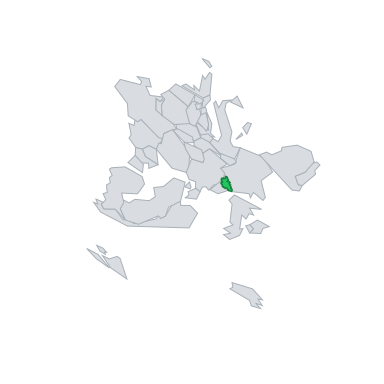 Belgium highlighted on a map of Europe, rotated 219°
{"feature_id": "BEL", "entity_name": "Belgium", "entity_type": "country or territory", "adm_level": 0, "iso_a3": "BEL", "parent_name": "Europe", "parent_adm1": "", "projection": "robinson", "projection_center": [4.727, 50.501], "detail": "fine", "context": "in_parent", "style": "filled", "palette": "green", "viewbox_px": 384, "rotation_deg": 219, "n_neighbors": 37, "source": "natural_earth", "source_scale": "50m", "svg_char_len": 9203}
<svg xmlns="http://www.w3.org/2000/svg" viewBox="0 0 384 384"><g transform="rotate(219 192 192)"><path d="M187.8,83.4L207.3,81.9L221.7,86.2L214.4,87.8L209.6,94.8L205.9,95.0L187.8,83.4ZM262.2,126.1L253.9,128.4L254.7,125.2L249.9,123.4L240.8,130.4L228.1,127.0L223.9,131.5L217.2,130.8L203.0,148.4L203.3,152.1L199.6,152.0L197.5,156.6L199.7,171.3L195.1,177.6L192.4,174.5L184.9,180.4L174.3,179.0L171.7,162.2L220.7,124.9L250.4,118.9L261.9,122.1L257.7,123.3L262.2,126.1ZM238.3,81.8L225.8,84.4L208.2,81.0L224.4,79.9L238.3,81.8ZM232.5,90.6L226.0,92.3L220.3,91.4L222.2,90.3L220.1,89.0L226.3,88.2L232.5,90.6Z" fill="#d9dde1" stroke="#a8b0b8" stroke-width="1"/><path d="M161.5,217.2L184.8,228.4L176.3,240.5L182.4,256.7L158.0,264.0L141.9,258.2L145.4,244.3L131.7,234.0L131.5,230.1L144.0,230.3L142.9,224.3L146.7,226.6L161.5,217.2ZM188.4,268.0L191.0,260.4L190.5,269.1L188.4,268.0Z" fill="#d9dde1" stroke="#a8b0b8" stroke-width="1"/><path d="M195.1,177.6L200.6,165.5L197.5,156.6L199.6,152.0L203.3,152.1L213.2,133.3L226.2,128.2L237.2,133.7L239.9,142.7L233.9,144.0L231.8,150.3L219.7,158.4L217.6,165.3L224.6,171.4L217.6,178.3L215.0,191.5L203.5,195.3L195.1,177.6Z" fill="#d9dde1" stroke="#a8b0b8" stroke-width="1"/><path d="M263.8,191.2L275.0,194.3L275.2,198.1L284.3,205.7L278.9,207.2L281.7,212.2L277.3,216.3L248.1,214.9L246.6,202.8L254.6,200.9L257.5,194.0L263.8,191.2Z" fill="#d9dde1" stroke="#a8b0b8" stroke-width="1"/><path d="M300.6,246.2L307.2,247.2L296.6,253.1L289.8,247.9L294.3,245.2L285.4,240.6L273.6,248.1L273.6,242.0L278.6,242.1L271.7,233.1L255.9,235.1L243.8,231.5L250.4,220.9L248.1,214.9L252.2,213.3L277.3,216.3L278.2,212.5L289.5,211.0L297.8,220.1L318.4,225.3L318.6,234.3L299.8,242.9L300.6,246.2Z" fill="#d9dde1" stroke="#a8b0b8" stroke-width="1"/><path d="M246.6,202.8L248.6,209.1L246.2,210.2L250.7,219.5L246.4,228.3L218.3,220.9L208.8,207.6L208.7,203.6L222.5,197.9L246.6,202.8Z" fill="#d9dde1" stroke="#a8b0b8" stroke-width="1"/><path d="M222.4,233.1L218.7,240.7L212.9,242.1L190.9,238.5L205.5,236.6L207.9,229.1L220.1,229.6L222.4,233.1Z" fill="#d9dde1" stroke="#a8b0b8" stroke-width="1"/><path d="M243.8,231.5L246.7,234.4L240.2,242.7L229.5,245.6L219.5,239.8L222.4,233.1L243.8,231.5Z" fill="#d9dde1" stroke="#a8b0b8" stroke-width="1"/><path d="M263.0,232.6L271.7,233.1L278.6,242.1L273.6,242.0L271.6,247.1L270.3,240.1L263.0,232.6Z" fill="#d9dde1" stroke="#a8b0b8" stroke-width="1"/><path d="M271.6,247.1L277.6,248.1L274.0,256.6L249.6,256.0L236.9,243.7L248.4,233.2L263.0,232.6L270.3,240.1L271.6,247.1Z" fill="#d9dde1" stroke="#a8b0b8" stroke-width="1"/><path d="M257.5,194.0L254.6,200.9L246.6,202.8L235.6,191.9L250.5,190.2L257.5,194.0Z" fill="#d9dde1" stroke="#a8b0b8" stroke-width="1"/><path d="M259.2,184.6L263.8,191.2L257.5,194.0L250.5,190.2L235.6,191.9L240.4,183.2L243.9,187.0L250.5,182.1L259.2,184.6Z" fill="#d9dde1" stroke="#a8b0b8" stroke-width="1"/><path d="M260.3,174.5L259.2,184.6L247.3,183.0L242.6,175.9L260.3,174.5Z" fill="#d9dde1" stroke="#a8b0b8" stroke-width="1"/><path d="M208.7,203.6L213.2,217.4L201.9,221.8L207.9,229.1L205.5,236.6L182.3,235.8L184.8,228.4L178.8,227.4L176.2,222.5L175.9,213.5L179.4,211.6L180.3,203.9L184.5,204.8L187.1,202.2L185.9,197.3L191.5,197.2L195.8,202.3L202.1,199.9L208.7,203.6Z" fill="#d9dde1" stroke="#a8b0b8" stroke-width="1"/><path d="M248.2,253.8L249.6,256.0L274.0,256.6L272.6,265.8L250.8,269.4L248.2,253.8Z" fill="#d9dde1" stroke="#a8b0b8" stroke-width="1"/><path d="M268.2,302.0L261.3,304.1L255.7,302.1L256.3,299.8L268.2,302.0ZM242.5,272.0L266.7,268.2L264.7,272.1L254.4,272.9L257.7,275.9L249.8,275.2L257.1,289.3L252.9,287.8L253.6,295.9L250.6,296.0L239.1,278.6L242.5,272.0Z" fill="#d9dde1" stroke="#a8b0b8" stroke-width="1"/><path d="M242.5,272.0L239.1,278.6L235.6,275.2L236.1,262.1L242.5,272.0Z" fill="#d9dde1" stroke="#a8b0b8" stroke-width="1"/><path d="M221.2,241.7L233.7,248.4L218.2,250.6L230.6,263.2L219.7,257.7L214.5,249.3L209.1,248.9L221.2,241.7Z" fill="#d9dde1" stroke="#a8b0b8" stroke-width="1"/><path d="M191.3,236.3L194.7,241.8L181.6,245.6L176.2,242.9L179.2,236.2L191.3,236.3Z" fill="#d9dde1" stroke="#a8b0b8" stroke-width="1"/><path d="M175.1,222.7L176.8,226.0L174.6,225.6L175.1,222.7Z" fill="#d9dde1" stroke="#a8b0b8" stroke-width="1"/><path d="M179.5,205.0L176.6,219.0L164.9,216.1L170.6,207.1L179.5,205.0Z" fill="#d9dde1" stroke="#a8b0b8" stroke-width="1"/><path d="M110.4,266.4L113.9,264.3L121.8,269.1L116.5,278.6L118.2,287.0L114.2,293.7L109.5,293.5L110.1,286.0L107.2,283.4L110.4,266.4Z" fill="#d9dde1" stroke="#a8b0b8" stroke-width="1"/><path d="M116.0,292.3L116.5,278.6L121.8,269.1L113.9,264.3L110.4,266.4L109.2,260.3L115.6,256.4L163.1,263.3L159.1,270.0L153.4,271.1L148.4,280.3L150.1,283.4L139.8,294.6L125.1,298.5L116.0,292.3Z" fill="#d9dde1" stroke="#a8b0b8" stroke-width="1"/><path d="M126.5,203.0L123.5,211.4L110.2,213.7L114.0,208.2L112.4,203.0L121.4,196.5L121.0,202.0L126.5,203.0Z" fill="#d9dde1" stroke="#a8b0b8" stroke-width="1"/><path d="M195.0,239.6L209.4,241.7L210.2,246.5L203.3,247.6L204.7,254.6L231.0,274.6L230.8,277.6L224.3,274.2L225.5,282.5L219.7,287.9L221.3,282.2L218.0,276.3L198.9,263.9L194.4,255.5L188.7,253.1L182.4,256.7L179.7,244.4L195.0,239.6ZM205.2,289.5L218.8,286.1L217.3,294.9L205.2,289.5ZM185.8,271.4L193.1,273.9L192.6,281.0L188.8,282.5L185.8,271.4Z" fill="#d9dde1" stroke="#a8b0b8" stroke-width="1"/><path d="M191.5,197.2L185.9,197.3L184.0,189.3L193.6,183.3L192.5,187.6L195.2,189.8L191.5,197.2ZM201.0,191.5L200.3,198.2L195.9,195.3L195.3,193.2L201.0,191.5Z" fill="#d9dde1" stroke="#a8b0b8" stroke-width="1"/><path d="M126.5,203.0L121.0,202.0L121.4,196.5L128.9,199.5L126.5,203.0ZM138.9,205.4L131.7,193.2L129.4,195.6L127.7,188.1L132.9,178.8L140.7,178.7L136.2,184.2L144.5,183.6L139.5,192.2L143.6,192.5L153.3,207.9L158.2,208.9L157.2,216.4L126.9,222.3L137.1,215.7L129.6,212.8L134.0,211.2L132.9,205.0L138.9,205.4Z" fill="#d9dde1" stroke="#a8b0b8" stroke-width="1"/><path d="M101.6,140.6L100.3,143.6L103.9,146.8L84.0,154.8L69.3,152.5L73.4,150.3L65.9,147.9L72.7,145.6L65.4,144.6L74.2,140.8L79.1,144.0L101.6,140.6Z" fill="#d9dde1" stroke="#a8b0b8" stroke-width="1"/><path d="M209.4,241.7L219.5,239.8L221.2,241.7L216.2,247.3L209.3,247.0L209.4,241.7Z" fill="#d9dde1" stroke="#a8b0b8" stroke-width="1"/><path d="M254.7,125.2L254.1,131.7L260.1,134.8L257.6,138.3L262.9,143.6L261.3,147.7L265.3,151.3L264.4,154.5L270.6,157.8L269.7,160.3L259.8,169.4L240.4,172.6L233.9,168.3L233.2,156.3L246.0,146.9L238.4,140.9L237.2,133.7L226.2,128.2L240.8,130.4L249.9,123.4L254.7,125.2Z" fill="#d9dde1" stroke="#a8b0b8" stroke-width="1"/><path d="M245.5,228.0L242.9,232.1L226.2,235.0L221.9,231.3L228.5,225.8L245.5,228.0Z" fill="#d9dde1" stroke="#a8b0b8" stroke-width="1"/><path d="M213.2,217.4L224.0,221.3L229.8,225.8L211.1,230.8L203.3,225.5L201.9,221.8L213.2,217.4Z" fill="#d9dde1" stroke="#a8b0b8" stroke-width="1"/><path d="M231.0,262.3L221.4,254.8L219.0,248.4L233.8,250.4L234.6,257.4L231.0,262.3Z" fill="#d9dde1" stroke="#a8b0b8" stroke-width="1"/><path d="M247.8,264.1L250.8,269.4L240.6,270.7L240.9,265.5L247.8,264.1Z" fill="#d9dde1" stroke="#a8b0b8" stroke-width="1"/><path d="M231.0,244.9L236.9,243.7L248.3,251.9L248.5,263.3L244.3,264.5L240.6,259.0L238.4,261.4L233.6,257.6L231.0,244.9Z" fill="#d9dde1" stroke="#a8b0b8" stroke-width="1"/><path d="M237.6,262.6L234.8,266.5L230.6,263.2L233.6,257.6L237.6,262.6Z" fill="#d9dde1" stroke="#a8b0b8" stroke-width="1"/><path d="M240.2,266.6L237.6,262.6L239.9,259.3L245.0,262.1L240.2,266.6Z" fill="#d9dde1" stroke="#a8b0b8" stroke-width="1"/><path d="M168.6,215.9L168.9,216.1L169.2,216.1L169.3,216.0L169.3,215.7L169.5,215.6L169.8,215.5L170.1,215.7L170.3,215.7L170.8,215.4L170.9,215.5L171.0,215.6L171.1,215.8L171.6,215.8L171.8,215.6L172.1,215.6L172.1,215.8L172.2,216.1L172.7,216.5L173.1,216.6L173.6,216.5L173.8,216.5L174.0,216.7L174.3,216.9L174.9,217.1L175.1,217.1L175.2,217.3L175.2,217.5L174.9,218.0L174.9,218.3L174.5,218.6L174.5,218.8L174.6,219.0L174.9,219.2L175.1,219.2L175.5,219.2L175.9,219.2L176.0,219.3L176.5,219.6L176.6,219.8L176.9,220.0L176.7,220.3L176.8,220.5L177.2,220.6L177.4,220.8L177.4,221.1L177.5,221.5L176.7,221.9L176.5,222.4L176.5,222.5L176.4,222.5L176.4,222.3L176.2,222.3L175.9,222.3L175.4,222.7L175.2,223.1L175.1,223.3L174.9,223.6L174.9,223.8L174.8,224.0L175.1,224.4L175.2,224.6L175.5,225.0L175.4,225.2L175.3,225.4L175.2,225.5L174.8,225.6L174.4,225.6L174.1,225.7L173.9,225.7L173.6,225.5L173.3,225.2L173.1,225.0L173.0,224.9L172.7,224.8L172.3,224.6L172.1,224.4L171.8,224.3L171.5,224.3L171.3,224.3L171.2,224.0L171.2,223.6L170.9,223.4L171.2,222.4L170.9,222.4L170.6,222.6L170.5,222.9L170.4,223.1L169.9,223.4L169.2,223.4L168.4,223.4L168.2,223.2L168.3,223.0L168.4,222.9L168.5,222.7L168.3,222.5L168.2,222.4L168.3,222.2L168.4,221.9L167.8,221.5L167.4,221.4L167.1,221.4L166.8,221.3L166.6,221.4L166.5,221.5L166.4,221.6L166.1,220.8L166.0,220.7L165.5,220.5L164.8,220.5L164.6,220.4L164.5,220.1L164.5,219.7L164.3,219.3L164.2,219.2L163.6,219.2L163.2,219.4L162.9,219.4L162.5,219.2L162.2,218.9L161.9,218.6L161.8,218.4L161.9,218.2L161.6,217.7L161.6,217.4L163.4,216.6L164.5,216.1L165.0,216.0L165.1,216.4L165.2,216.6L165.3,216.7L165.5,216.7L165.9,216.5L166.4,216.5L166.7,216.6L166.8,216.7L167.0,216.8L167.3,216.9L167.8,216.7L168.4,216.3L168.6,216.1L168.6,215.9Z" fill="#22c55e" stroke="#15803d" stroke-width="1.5"/></g></svg>